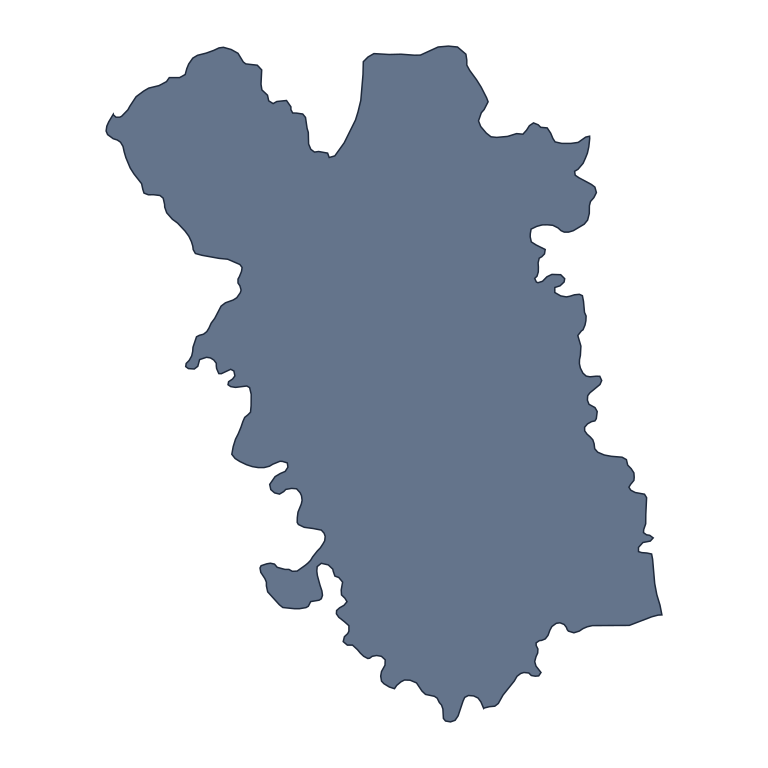 Barysaw, Minsk, Belarus (Albers equal-area conic projection)
{"feature_id": "67162791B39606099444015", "entity_name": "Barysaw", "entity_type": "district", "adm_level": 2, "iso_a3": "BLR", "parent_name": "Belarus", "parent_adm1": "Minsk", "projection": "albers", "projection_center": [28.522, 54.3], "detail": "fine", "context": "isolated", "style": "filled", "palette": "slate", "viewbox_px": 768, "rotation_deg": 0, "n_neighbors": 0, "source": "geoboundaries", "source_scale": "gbopen_adm2", "svg_char_len": 6088}
<svg xmlns="http://www.w3.org/2000/svg" viewBox="0 0 768 768"><path d="M457.5,47.0L448.4,46.1L438.1,47.0L420.4,55.1L414.5,55.2L401.0,54.2L389.2,54.5L373.9,53.6L368.0,57.0L363.3,61.7L363.0,74.5L360.8,100.4L358.0,111.9L355.5,120.0L344.2,142.8L334.8,155.9L329.2,157.5L327.6,153.1L318.6,151.5L314.5,152.1L310.8,149.3L308.6,144.0L308.3,132.4L307.1,128.4L305.5,117.4L302.7,114.0L296.5,113.1L292.7,113.0L290.9,109.6L290.9,106.8L286.5,100.5L276.8,101.5L273.1,103.6L268.7,100.8L267.5,95.2L261.9,89.9L261.0,84.2L261.7,69.9L257.3,65.2L245.8,63.9L243.3,62.0L238.0,53.3L231.2,49.5L223.4,47.3L219.0,47.9L213.7,50.4L206.2,53.1L197.5,55.3L192.8,58.1L188.7,64.0L186.8,68.6L185.2,74.5L179.6,77.6L169.3,77.6L166.5,81.6L159.0,85.6L148.7,88.1L143.6,91.1L136.1,96.7L129.8,106.3L127.9,109.8L121.6,116.3L119.7,117.2L116.0,117.2L113.5,115.0L113.3,114.2L108.7,121.9L106.8,126.2L106.1,131.0L107.6,134.6L113.2,138.7L117.3,140.0L120.5,142.2L123.0,146.4L124.2,151.9L125.9,157.7L130.2,168.0L134.0,174.0L141.6,183.7L142.8,189.3L144.0,193.1L148.4,194.8L153.4,194.7L160.0,195.5L163.2,198.2L164.6,204.5L164.7,207.1L166.7,212.8L172.3,219.2L177.6,223.1L185.1,231.1L188.9,236.3L191.4,241.6L192.8,246.2L193.2,249.6L195.4,253.5L202.0,255.3L219.2,258.4L227.6,259.2L239.9,264.5L242.1,267.5L241.5,271.4L239.4,276.6L238.0,279.1L238.0,283.0L239.9,285.8L241.1,290.1L240.3,292.7L236.8,297.7L233.2,300.0L225.4,302.8L221.1,306.1L214.7,318.4L211.2,323.1L209.0,328.0L206.8,331.6L203.5,334.2L199.4,335.3L196.5,336.8L193.0,347.2L192.7,351.4L191.7,355.9L189.1,360.5L186.2,363.4L185.7,366.6L188.4,368.6L194.3,369.0L197.8,366.3L199.6,359.6L206.5,357.3L210.4,357.9L213.8,360.0L216.3,363.3L216.3,365.9L216.6,368.5L218.8,373.6L221.3,373.7L230.7,369.3L233.9,371.0L234.9,375.9L232.6,379.0L228.6,381.7L228.0,384.7L230.7,386.6L235.5,387.4L246.8,386.0L249.6,387.6L251.2,394.3L251.1,405.8L250.5,412.2L247.7,415.0L244.7,417.4L242.9,421.5L241.0,427.1L238.2,433.9L235.5,439.2L233.2,446.6L231.8,454.3L235.1,458.5L239.8,461.5L246.5,464.7L252.3,466.6L258.3,467.6L264.0,467.6L269.5,466.2L272.8,464.2L279.9,461.3L282.4,461.4L287.3,462.9L287.9,467.2L285.2,471.4L280.3,473.5L275.1,476.6L269.7,484.4L270.8,489.6L274.6,492.9L279.5,494.1L283.7,491.6L285.8,489.4L291.6,488.4L296.6,488.8L300.1,492.7L301.5,495.7L302.1,500.3L301.3,504.0L298.0,512.1L297.3,517.6L297.2,522.4L298.4,524.5L304.2,527.3L313.1,528.5L321.3,530.1L324.1,533.2L325.2,536.4L324.7,540.8L323.0,543.8L320.3,547.9L317.3,551.0L312.7,556.8L310.6,560.3L307.9,563.1L305.4,565.2L297.1,571.1L292.3,571.3L288.9,569.4L284.9,569.4L277.2,567.3L274.5,564.1L270.4,563.2L266.8,563.8L261.1,565.7L260.0,568.0L260.8,572.4L264.9,578.6L266.4,582.2L266.4,586.0L267.7,591.9L279.3,604.7L282.8,607.5L294.4,608.7L299.5,608.7L306.0,607.6L308.3,606.3L310.7,601.6L319.1,600.2L321.3,598.8L322.5,595.3L321.9,590.9L320.0,585.2L317.4,575.6L316.8,571.0L317.2,566.6L321.3,563.3L328.3,564.9L332.8,569.2L333.2,571.2L334.9,576.1L338.8,577.5L342.6,582.1L341.2,590.0L341.5,594.9L344.9,598.2L347.0,601.7L344.0,605.3L339.6,607.8L336.6,610.5L336.4,613.8L338.8,617.3L344.3,621.6L348.9,625.7L348.9,631.2L347.7,633.6L344.4,636.7L343.2,641.6L347.3,645.1L352.5,645.1L357.5,649.7L360.4,653.2L363.7,656.3L367.8,658.5L369.7,658.2L372.2,656.3L376.6,655.5L381.4,656.3L385.2,659.8L385.0,665.2L381.5,671.5L380.7,676.1L381.5,681.1L383.9,683.7L389.3,687.0L394.5,688.7L396.7,685.4L401.0,681.8L404.5,680.0L410.1,680.2L416.5,682.9L422.0,691.1L425.5,694.4L434.4,696.3L437.2,698.2L439.3,702.5L441.5,705.0L442.9,709.0L443.4,718.4L445.5,721.0L450.5,721.9L455.1,720.3L458.1,715.9L463.0,701.2L464.7,697.4L468.4,695.5L473.6,695.9L478.0,698.0L480.9,701.9L483.7,708.5L484.2,708.0L489.4,706.7L494.8,706.2L498.3,703.5L503.0,695.1L514.3,681.0L517.0,676.3L520.7,673.5L523.9,672.5L528.8,673.0L531.3,675.5L535.3,676.2L538.7,675.9L541.0,672.5L536.0,666.1L534.7,661.6L536.0,656.7L537.7,653.0L537.9,649.0L536.2,645.6L536.1,642.9L539.4,640.6L541.6,640.4L545.3,638.9L548.0,635.4L549.9,630.2L551.9,626.5L556.3,623.3L560.0,622.8L564.2,624.5L566.4,627.4L567.2,629.6L568.4,631.1L573.9,632.8L579.3,631.1L583.0,628.6L587.2,626.8L592.3,625.6L629.3,625.4L651.7,616.8L658.1,615.1L661.9,614.9L660.0,605.2L656.8,594.6L654.7,583.5L652.6,559.2L651.6,554.0L646.9,553.0L641.7,552.6L638.5,551.6L638.5,547.4L642.9,542.5L650.3,541.1L653.2,537.9L649.7,535.3L646.5,534.8L643.5,532.6L643.7,529.6L645.7,523.8L645.8,514.4L646.6,497.7L644.5,494.2L635.2,492.5L630.8,490.2L628.9,487.2L630.6,484.4L633.9,480.4L634.2,477.3L633.9,472.9L631.2,468.7L627.7,465.1L626.4,459.6L622.1,457.2L611.3,456.3L604.3,455.0L597.7,452.2L594.7,448.7L594.1,443.7L592.8,439.8L590.3,437.0L587.1,434.2L584.7,430.9L584.6,427.3L587.5,423.9L591.6,421.6L594.9,420.9L596.3,418.7L597.2,411.5L595.0,407.6L589.0,404.3L587.4,400.2L587.7,395.7L589.9,392.8L600.0,384.5L601.7,380.5L599.8,376.3L596.2,376.2L590.0,376.8L586.2,376.1L582.9,373.1L580.4,368.1L579.4,363.7L579.5,359.6L580.4,355.4L580.9,346.1L577.8,335.5L581.4,330.9L583.0,329.8L585.0,325.1L585.9,320.7L586.1,316.0L584.5,312.4L583.5,301.3L582.4,295.7L579.4,294.3L574.4,294.8L570.0,296.2L566.4,296.9L560.7,295.9L554.8,292.5L554.8,287.5L560.1,285.8L564.1,282.0L564.7,278.7L560.7,274.7L551.9,274.4L546.9,276.8L542.5,281.3L538.0,282.7L536.4,282.1L534.7,278.4L537.0,276.2L538.3,271.9L538.4,267.1L538.1,262.9L539.2,258.2L541.8,256.7L544.5,253.9L545.2,249.5L536.0,244.9L531.3,241.9L530.2,236.8L530.3,233.7L531.1,229.1L536.7,226.4L542.2,224.9L547.3,224.8L552.8,225.3L558.0,227.9L561.1,230.7L564.2,232.1L568.6,232.1L573.3,230.7L584.2,224.2L587.6,220.1L589.3,213.4L589.4,205.7L590.5,201.5L593.9,197.6L596.4,192.6L594.9,187.1L591.5,184.5L578.8,177.7L575.2,175.2L574.6,171.3L578.0,169.3L583.1,163.3L585.4,158.2L587.4,153.2L588.8,146.9L589.7,138.6L589.6,136.2L585.7,137.1L578.2,142.4L571.0,143.4L561.7,143.4L555.1,141.9L552.9,138.5L550.7,133.2L547.2,127.9L540.7,127.3L538.2,124.8L533.5,122.9L529.4,125.7L526.6,130.1L522.9,134.2L516.6,133.6L507.6,136.4L496.7,137.4L491.0,136.8L486.3,133.1L480.7,126.5L478.5,120.9L481.3,112.8L484.1,109.6L488.1,101.8L486.6,97.8L481.2,87.2L476.5,79.7L469.7,70.4L466.8,65.1L466.8,60.1L465.9,54.2L457.5,47.0Z" fill="#64748b" stroke="#1e293b" stroke-width="1.5"/></svg>